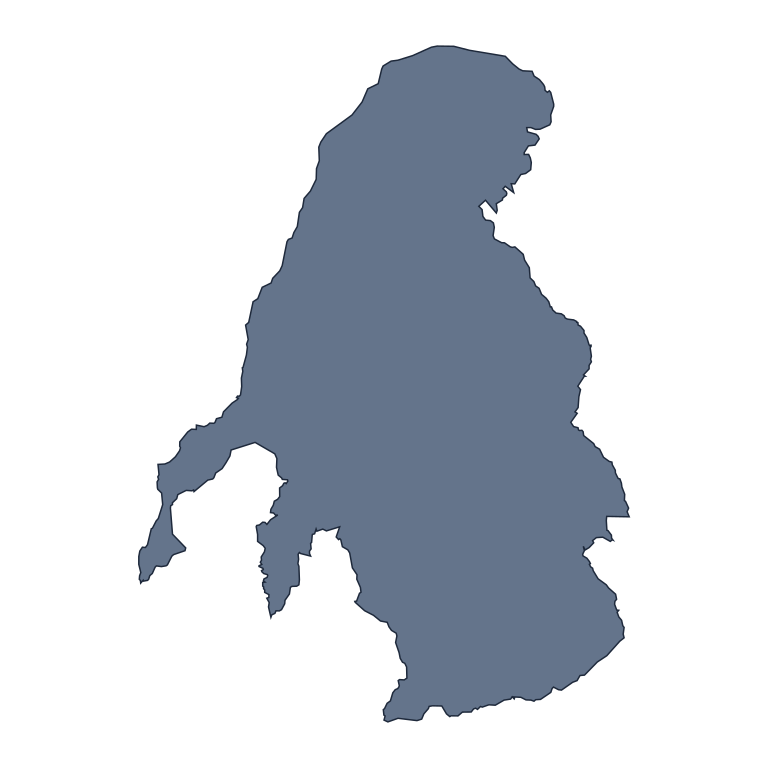 Tochimilco, Puebla, Mexico
{"feature_id": "50627088B20303152105824", "entity_name": "Tochimilco", "entity_type": "district", "adm_level": 2, "iso_a3": "MEX", "parent_name": "Mexico", "parent_adm1": "Puebla", "projection": "natural_earth1", "projection_center": [-98.619, 18.927], "detail": "fine", "context": "isolated", "style": "filled", "palette": "slate", "viewbox_px": 768, "rotation_deg": 0, "n_neighbors": 0, "source": "geoboundaries", "source_scale": "gbopen_adm2", "svg_char_len": 6107}
<svg xmlns="http://www.w3.org/2000/svg" viewBox="0 0 768 768"><path d="M367.8,88.8L362.1,102.0L352.0,115.0L326.4,133.7L320.8,142.1L318.8,147.1L319.3,160.8L316.5,168.6L316.2,179.3L310.4,191.1L304.1,198.4L302.6,207.6L299.4,212.3L297.3,226.6L293.9,232.5L292.1,238.0L288.4,239.4L287.0,241.7L282.2,265.6L279.8,270.8L272.7,278.3L271.1,283.0L262.2,287.3L257.8,298.7L253.1,301.7L248.7,322.4L245.6,325.1L248.2,339.6L246.6,344.2L247.4,347.2L246.4,355.1L243.0,367.5L242.3,367.8L242.8,371.4L241.4,378.1L241.7,386.6L240.5,394.9L239.3,396.2L237.5,396.1L236.5,397.6L238.4,398.3L237.3,399.6L232.1,403.1L223.5,411.8L221.9,417.2L216.5,418.7L214.9,422.6L213.8,423.3L209.8,423.1L207.4,425.3L204.1,426.7L196.4,425.1L196.3,429.4L191.5,429.2L187.7,432.0L179.8,441.8L179.7,446.2L180.5,447.8L179.5,450.9L175.4,456.8L169.6,462.0L164.9,464.0L158.0,464.4L159.0,474.7L157.8,476.9L158.6,479.3L157.1,481.9L157.4,487.9L157.8,489.3L161.6,493.0L162.7,504.6L158.3,518.5L156.2,520.9L152.4,528.3L151.3,528.7L147.5,544.7L145.4,547.5L142.4,547.2L139.8,551.1L138.8,556.5L138.8,564.4L140.8,572.6L139.6,575.7L139.3,579.3L140.4,580.5L140.7,583.1L143.2,580.2L143.5,581.1L147.5,580.4L148.6,579.4L149.8,575.6L152.3,573.5L155.1,567.2L156.4,565.9L161.4,566.6L166.1,565.8L167.4,564.9L171.8,556.2L173.6,554.6L185.0,550.7L185.7,547.9L172.5,534.2L170.4,508.1L170.7,505.7L172.5,504.6L172.4,502.8L176.7,498.7L177.8,494.6L186.2,490.4L192.0,490.8L193.6,490.0L194.0,491.6L207.8,480.1L212.7,479.0L213.9,477.7L215.7,473.0L222.1,468.6L226.0,462.7L229.9,456.0L231.1,450.0L255.1,442.4L274.8,453.8L276.9,458.6L276.5,467.3L278.2,475.1L281.6,477.9L282.3,479.4L287.5,479.8L287.8,481.2L286.2,483.6L285.1,482.8L283.8,483.3L282.6,485.7L279.6,488.0L279.7,496.6L277.6,499.3L274.3,501.2L273.3,505.2L270.9,509.3L270.5,512.6L273.6,513.0L275.5,515.2L277.8,515.0L270.6,519.7L266.9,524.4L265.0,522.4L262.7,522.2L259.5,524.9L256.7,525.5L256.2,526.6L257.6,534.5L257.6,541.4L263.2,545.6L265.2,548.3L264.4,551.9L261.2,557.0L261.5,560.2L260.3,562.2L261.8,564.4L259.0,565.8L259.0,566.5L263.0,568.4L263.3,569.6L261.5,570.6L261.9,571.8L263.8,573.6L267.4,574.6L267.7,575.4L267.1,577.4L264.0,578.9L263.4,581.0L265.0,582.1L262.7,582.5L262.7,586.1L263.6,586.8L263.6,588.7L264.7,589.9L264.7,592.4L268.9,594.6L268.8,597.5L266.8,598.2L269.2,602.6L268.5,606.9L270.9,617.3L271.8,614.8L274.9,613.4L276.0,610.8L279.3,610.9L281.5,609.7L284.7,603.8L285.0,600.3L289.4,594.0L290.4,587.4L291.8,586.4L296.7,586.2L298.9,584.8L299.4,579.9L298.9,566.3L297.9,563.6L298.6,559.2L298.1,554.3L299.4,552.5L300.5,553.5L310.6,556.1L309.5,553.5L309.5,551.1L311.1,548.9L310.6,543.4L311.6,542.4L312.2,535.3L312.4,534.4L314.6,533.8L316.1,529.0L316.9,531.2L322.8,529.1L326.4,530.9L339.7,526.8L336.2,537.0L338.6,539.6L339.8,538.7L340.8,539.8L342.4,546.7L347.8,549.8L349.7,553.0L352.4,567.9L357.0,574.7L356.8,579.2L360.4,587.4L361.0,592.2L359.5,593.3L356.6,601.1L354.8,601.4L355.2,602.3L364.6,610.7L373.5,615.3L380.5,621.0L387.2,622.3L389.0,626.9L391.5,630.4L396.2,633.2L396.9,636.0L395.6,642.5L399.1,652.7L400.2,658.3L402.5,662.2L404.8,663.3L406.6,667.0L406.9,678.1L404.2,679.9L399.5,679.6L398.2,680.6L399.3,685.7L398.8,687.1L397.7,688.6L395.2,689.7L392.8,692.8L390.4,700.9L387.1,703.3L384.5,708.7L383.3,709.6L383.9,715.1L385.1,716.0L384.0,720.1L387.9,721.9L398.0,718.3L417.0,720.6L421.7,719.1L423.9,713.8L428.4,708.6L429.1,706.4L432.5,705.8L441.8,706.0L446.5,713.9L449.8,716.6L451.1,715.8L458.0,715.9L462.4,712.1L471.2,712.0L473.6,708.9L475.6,708.2L477.5,709.4L480.5,706.5L482.3,707.1L488.9,704.8L495.3,705.2L504.1,700.1L510.6,699.1L512.2,696.8L514.2,698.9L514.6,697.8L513.5,696.9L520.9,697.3L526.0,699.9L530.9,700.1L534.0,701.2L535.7,699.7L540.5,699.4L550.8,692.4L552.1,688.5L553.5,687.1L558.5,689.7L561.5,690.1L572.6,682.3L577.1,680.6L580.0,675.5L584.5,675.1L597.3,662.0L606.8,655.7L619.8,641.2L624.1,637.8L623.2,634.1L624.1,627.4L622.8,625.7L621.6,620.3L618.8,616.9L617.1,612.2L618.7,610.3L616.7,610.0L614.6,604.3L614.9,601.3L616.6,599.3L615.6,594.2L608.5,587.9L606.3,584.8L598.1,578.8L593.2,570.7L592.6,568.2L590.6,566.8L589.4,564.3L590.4,563.6L589.4,561.5L586.9,558.2L583.0,555.9L582.7,554.2L584.4,550.6L583.3,546.3L585.1,550.0L589.1,547.6L593.7,542.8L592.6,540.6L596.4,537.6L602.8,537.2L610.3,541.4L612.3,539.8L613.0,540.1L611.6,538.2L611.4,535.1L608.0,530.6L606.9,530.2L606.3,520.5L606.7,516.4L629.2,516.8L627.1,511.7L628.6,508.1L625.5,501.3L624.4,500.6L624.7,494.3L621.9,487.0L621.4,483.1L619.9,478.9L618.2,478.5L617.1,476.4L615.4,472.8L615.3,470.2L612.3,464.8L611.9,462.1L609.2,461.4L603.5,457.3L599.6,449.2L595.1,446.6L593.7,443.6L583.7,435.6L583.1,431.7L581.9,430.3L579.5,430.5L578.5,429.9L578.0,427.7L573.6,426.6L570.8,422.3L577.2,413.3L575.0,411.9L578.1,407.6L578.9,396.7L580.5,389.6L577.8,386.2L584.3,376.2L585.2,376.2L583.5,374.9L589.1,368.9L589.1,365.4L591.4,361.8L590.6,359.3L591.4,356.3L590.2,348.0L591.2,346.0L590.9,345.1L589.8,345.8L589.0,344.6L586.8,337.5L584.0,333.1L584.0,330.5L580.5,326.2L578.1,325.0L577.9,322.6L576.7,322.3L576.7,321.5L573.7,319.9L567.4,319.1L565.2,318.0L564.1,315.7L561.3,313.8L556.1,313.1L552.7,310.0L551.5,306.9L550.3,306.9L548.8,301.8L546.1,298.2L541.6,294.4L539.1,288.3L535.6,285.9L533.9,281.6L530.1,277.9L529.3,267.7L524.6,260.1L523.2,254.3L514.9,246.9L512.2,247.4L510.2,246.8L504.5,242.8L501.6,242.7L494.4,238.9L493.1,235.6L494.3,227.3L493.4,222.9L490.4,220.6L485.6,220.1L482.9,216.4L482.1,209.6L478.8,206.3L485.5,200.2L496.3,213.0L497.2,210.3L496.3,203.7L502.4,200.0L502.6,198.2L506.4,195.2L506.8,193.4L506.3,191.8L503.0,188.8L505.2,186.3L513.7,192.6L511.2,183.7L514.8,183.9L520.8,174.5L525.6,173.5L530.7,169.7L531.3,162.5L530.3,157.9L528.6,154.4L524.2,154.5L524.2,152.6L528.4,145.9L535.0,145.1L539.2,138.9L538.1,136.3L536.1,134.3L527.5,131.9L526.7,127.6L531.0,127.6L535.5,129.4L540.0,129.2L549.8,124.8L551.1,121.8L550.7,114.9L553.7,106.4L553.7,104.1L550.7,92.4L549.3,90.8L547.4,92.3L545.1,90.4L544.7,86.9L543.5,84.5L539.5,79.7L534.1,76.1L532.1,71.3L522.7,70.8L519.0,69.0L512.6,63.8L505.3,56.3L469.5,50.3L453.8,46.3L437.1,46.1L431.4,47.2L412.4,55.7L397.9,60.2L391.1,61.1L383.1,66.0L381.7,69.1L378.2,83.7L367.8,88.8Z" fill="#64748b" stroke="#1e293b" stroke-width="1.5"/></svg>